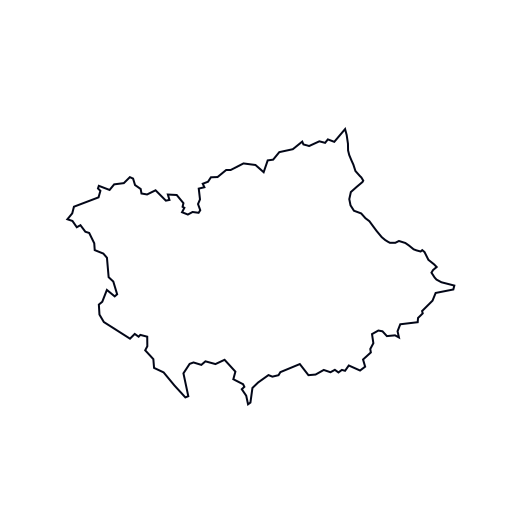 Berovo, Berovo, North Macedonia, rotated 314°
{"feature_id": "65306769B82535052466784", "entity_name": "Berovo", "entity_type": "district", "adm_level": 2, "iso_a3": "MKD", "parent_name": "North Macedonia", "parent_adm1": "Berovo", "projection": "orthographic", "projection_center": [22.828, 41.67], "detail": "fine", "context": "isolated", "style": "outline", "palette": "ink", "viewbox_px": 512, "rotation_deg": 314, "n_neighbors": 0, "source": "geoboundaries", "source_scale": "gbopen_adm2", "svg_char_len": 2355}
<svg xmlns="http://www.w3.org/2000/svg" viewBox="0 0 512 512"><g transform="rotate(314 256 256)"><path d="M225.1,110.5L216.6,110.3L209.0,104.2L201.8,104.8L197.3,94.2L194.8,95.4L194.8,98.8L188.8,102.0L165.0,90.8L159.0,94.2L151.4,94.8L153.7,99.6L152.2,107.1L156.2,108.3L154.9,116.4L156.7,120.0L152.8,130.8L148.2,135.9L151.7,144.5L151.2,150.0L138.4,164.7L138.5,171.1L132.0,182.7L128.8,182.4L128.0,172.3L116.3,177.2L111.9,176.7L105.1,184.1L102.8,192.4L109.0,222.8L115.7,222.9L116.4,227.6L118.9,227.6L122.4,233.8L115.6,240.5L111.2,241.8L110.5,253.8L104.7,260.4L108.1,270.4L106.2,287.2L105.2,303.4L108.1,304.7L121.2,285.3L132.3,283.2L136.0,285.0L139.7,292.3L145.1,292.8L150.1,301.9L159.5,305.5L158.5,321.5L151.6,325.3L154.8,335.8L153.8,338.5L150.3,338.3L148.7,346.0L143.8,353.3L146.7,353.8L158.6,345.1L166.6,345.4L179.0,347.7L180.6,351.6L185.9,355.0L189.4,354.2L208.7,362.6L206.7,376.5L212.1,381.2L221.1,383.9L224.1,390.3L228.9,391.8L229.5,396.2L233.7,396.9L235.3,399.8L241.7,398.8L245.9,410.4L252.2,411.4L255.9,404.9L266.4,405.6L268.5,402.8L274.8,401.0L280.4,393.7L287.4,395.8L289.7,399.3L289.3,405.8L295.5,411.1L296.7,415.4L300.2,410.1L307.1,407.2L320.7,418.3L324.0,415.6L330.5,415.8L331.8,413.7L346.5,414.0L354.2,410.9L369.0,421.2L372.5,419.2L365.9,407.6L364.4,402.2L364.6,399.4L365.9,393.8L368.9,393.1L373.6,393.6L373.7,389.9L373.0,382.7L375.9,374.5L375.7,371.5L373.6,371.3L371.5,367.5L370.3,364.7L369.8,358.7L369.1,354.4L366.1,348.4L362.2,347.0L358.5,343.1L357.9,341.0L357.2,337.7L356.9,333.3L357.8,325.2L358.8,319.2L359.8,313.4L359.5,310.9L359.2,308.5L359.7,302.1L356.6,295.0L358.1,288.8L361.7,283.6L367.9,279.8L375.6,280.4L383.2,281.2L384.7,280.8L385.7,277.2L385.7,275.1L386.2,268.5L389.4,262.5L391.1,258.2L393.4,252.9L395.9,248.9L400.6,244.2L406.0,237.2L408.4,233.2L409.2,231.9L392.5,233.0L389.8,226.7L385.4,227.1L382.5,221.9L372.0,217.8L369.2,212.6L370.4,209.8L358.4,208.3L346.9,200.6L337.2,201.4L332.9,198.0L321.6,203.3L321.1,192.4L313.9,182.7L300.2,178.0L297.1,174.8L286.1,173.5L281.3,168.9L276.1,169.9L271.0,167.5L269.6,171.1L264.7,168.0L257.8,176.4L253.1,178.2L250.2,184.1L247.2,184.7L243.6,179.8L238.5,178.2L236.1,172.4L240.9,171.0L240.4,169.0L243.6,167.1L244.8,156.6L239.0,149.9L236.2,154.8L233.2,152.7L233.5,138.1L224.6,134.9L221.4,130.2L224.1,126.5L223.0,119.7L226.3,113.8L225.1,110.5Z" fill="none" stroke="#020617" stroke-width="2"/></g></svg>